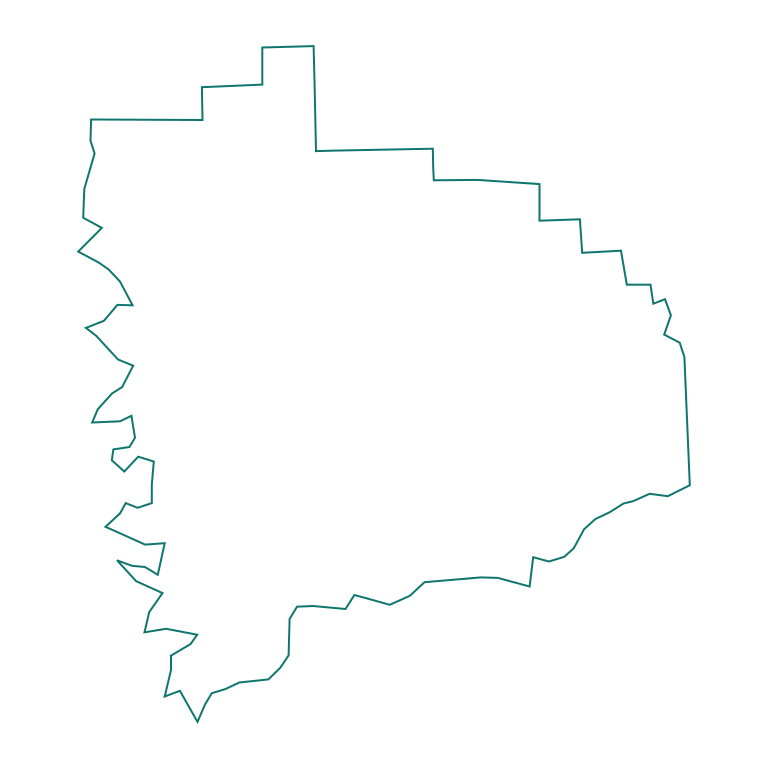 Putinga, Rio Grande do Sul, Brazil
{"feature_id": "56859067B9535138081372", "entity_name": "Putinga", "entity_type": "district", "adm_level": 2, "iso_a3": "BRA", "parent_name": "Brazil", "parent_adm1": "Rio Grande do Sul", "projection": "robinson", "projection_center": [-52.165, -29.032], "detail": "fine", "context": "isolated", "style": "outline", "palette": "teal", "viewbox_px": 768, "rotation_deg": 0, "n_neighbors": 0, "source": "geoboundaries", "source_scale": "gbopen_adm2", "svg_char_len": 1431}
<svg xmlns="http://www.w3.org/2000/svg" viewBox="0 0 768 768"><path d="M539.5,184.1L477.3,179.9L433.8,180.3L433.2,167.5L432.8,148.7L335.2,150.6L316.0,151.1L314.6,85.3L313.6,46.1L262.3,47.5L262.3,84.6L201.9,87.2L202.5,120.0L91.1,119.5L90.5,140.7L94.6,153.5L84.3,188.9L83.2,217.7L101.8,227.9L78.2,251.6L98.8,262.6L108.7,269.5L120.0,281.6L132.6,305.3L117.4,304.9L103.9,320.8L85.9,327.9L96.2,335.8L118.0,359.5L133.2,365.7L122.1,387.1L112.2,393.3L97.8,409.2L92.2,422.5L120.0,421.3L131.4,415.8L135.0,437.7L129.5,447.0L113.4,449.4L111.8,460.3L124.3,471.5L138.2,456.7L153.8,461.5L151.8,484.8L151.8,503.1L137.6,507.8L125.7,503.1L120.1,513.3L105.5,526.8L145.1,544.6L164.7,543.2L157.8,574.8L144.9,567.0L132.0,565.8L117.0,560.3L136.2,581.2L162.5,593.1L149.2,612.1L144.5,632.3L166.1,628.8L197.2,634.7L190.6,644.0L171.0,655.6L171.0,670.1L164.7,696.5L179.9,690.8L197.5,721.9L205.1,704.3L211.8,693.2L225.3,689.1L239.3,682.5L268.4,679.4L280.3,667.7L288.6,655.4L289.6,619.0L297.0,606.7L313.0,606.0L345.5,609.0L354.4,595.0L389.8,604.8L410.0,595.7L424.5,582.2L480.9,577.4L497.7,577.9L529.6,586.5L533.2,557.2L549.0,561.5L564.3,556.8L573.8,548.2L584.1,529.2L595.4,519.0L609.6,512.3L623.5,503.5L633.0,501.2L649.6,493.8L667.8,496.2L689.8,485.2L684.4,357.1L679.7,342.7L664.2,334.6L670.9,315.3L665.0,299.2L653.3,303.7L650.5,284.7L626.8,284.7L621.0,250.7L582.2,252.8L579.9,219.3L539.5,220.7L539.5,184.1Z" fill="none" stroke="#0f766e" stroke-width="2"/></svg>